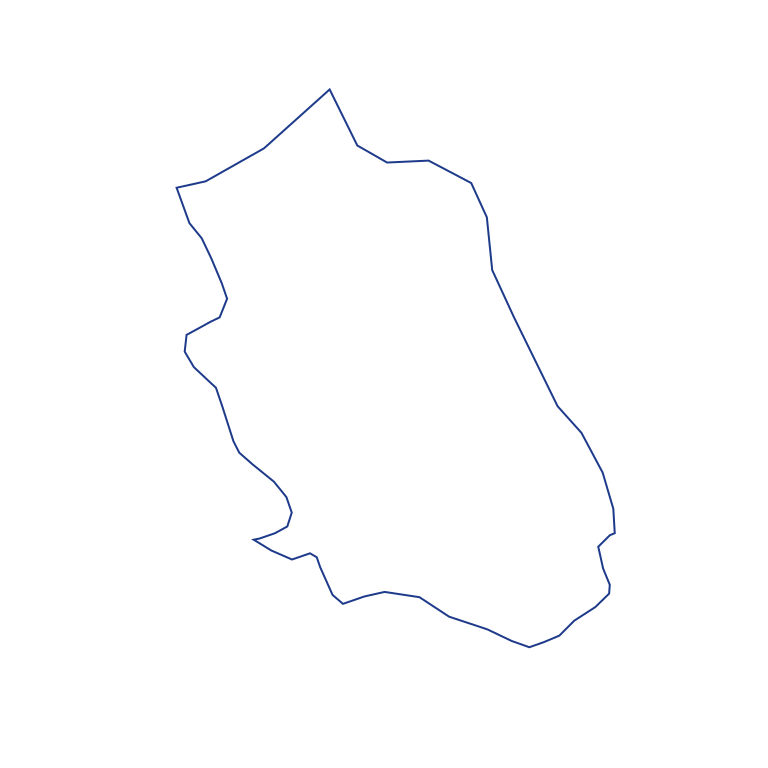 the Statistical Region of Rankovce, rotated 341°
{"feature_id": "MKD-4846", "entity_name": "Rankovce", "entity_type": "Statistical Region", "adm_level": 1, "iso_a3": "MKD", "parent_name": "North Macedonia", "parent_adm1": "", "projection": "albers", "projection_center": [22.099, 42.204], "detail": "fine", "context": "isolated", "style": "outline", "palette": "blue", "viewbox_px": 768, "rotation_deg": 341, "n_neighbors": 0, "source": "natural_earth", "source_scale": "10m", "svg_char_len": 921}
<svg xmlns="http://www.w3.org/2000/svg" viewBox="0 0 768 768"><g transform="rotate(341 384 384)"><path d="M281.3,134.3L347.3,122.1L428.5,87.8L436.4,149.8L459.0,175.6L498.9,187.3L531.9,222.4L535.5,259.9L523.4,311.5L528.6,363.1L540.9,461.6L554.8,494.5L561.9,539.0L560.2,576.6L553.6,600.2L548.4,600.5L533.6,607.6L531.1,629.8L532.1,647.4L528.6,655.5L511.2,663.7L486.9,669.7L467.9,679.0L451.3,680.1L435.7,680.2L421.0,668.5L401.9,649.7L369.8,625.2L348.1,597.1L316.9,580.8L296.2,578.5L273.6,578.5L266.7,566.7L264.0,536.4L264.0,525.9L258.9,520.0L239.9,520.0L223.3,504.8L210.1,488.8L216.0,489.6L232.4,489.6L246.2,487.2L254.9,475.6L254.9,459.2L248.1,440.5L233.5,417.1L224.8,401.9L223.0,389.1L223.8,352.8L223.9,332.9L218.3,322.4L209.7,306.1L206.1,288.5L213.3,273.3L240.1,268.7L250.3,267.5L263.4,252.3L263.4,235.9L261.6,209.0L259.1,186.9L252.4,168.6L251.8,130.9L281.3,134.3Z" fill="none" stroke="#1e3a8a" stroke-width="2"/></g></svg>